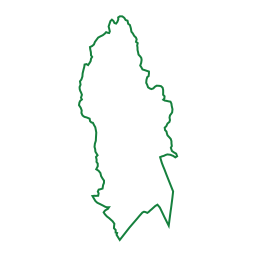 Indaial, Santa Catarina, Brazil, rotated 179°
{"feature_id": "56859067B42917214683646", "entity_name": "Indaial", "entity_type": "district", "adm_level": 2, "iso_a3": "BRA", "parent_name": "Brazil", "parent_adm1": "Santa Catarina", "projection": "equal_earth", "projection_center": [-49.223, -26.996], "detail": "fine", "context": "isolated", "style": "outline", "palette": "green", "viewbox_px": 256, "rotation_deg": 179, "n_neighbors": 0, "source": "geoboundaries", "source_scale": "gbopen_adm2", "svg_char_len": 2922}
<svg xmlns="http://www.w3.org/2000/svg" viewBox="0 0 256 256"><g transform="rotate(179 128 128)"><path d="M131.7,239.7L134.2,239.8L135.9,238.7L135.8,236.7L136.8,234.3L138.1,232.6L139.7,233.2L140.7,235.3L142.2,236.6L143.7,235.2L144.7,232.4L145.6,229.8L145.0,227.3L144.5,224.9L145.2,223.3L146.8,223.6L148.2,224.2L149.5,222.8L151.6,221.2L154.0,220.1L156.3,218.9L157.9,216.8L159.6,214.6L160.6,212.1L162.4,210.6L164.6,209.6L164.3,206.9L163.8,204.5L163.7,201.3L162.6,199.7L163.7,198.1L164.2,195.5L165.3,193.7L166.8,191.6L168.4,192.6L170.3,192.2L170.7,189.7L171.3,187.7L172.4,183.5L172.7,180.2L173.8,177.2L175.2,175.5L174.7,172.1L175.7,169.8L175.6,167.7L175.1,165.9L174.3,164.3L173.5,162.0L174.5,159.1L173.6,157.3L175.2,156.1L176.1,154.4L176.6,151.7L174.9,149.0L174.0,146.4L174.3,143.8L173.2,141.3L171.4,139.9L169.2,139.3L166.2,138.0L165.8,135.5L164.5,134.2L163.0,133.8L161.9,131.5L160.7,129.3L160.2,126.5L159.8,124.0L160.0,121.3L160.2,118.8L160.4,115.8L161.4,112.8L161.8,109.7L161.2,107.4L161.0,104.9L159.8,102.8L158.9,101.3L160.5,99.6L159.9,96.7L160.1,94.7L158.9,93.0L158.9,90.3L160.5,87.3L158.2,85.8L156.4,83.5L155.7,80.3L154.2,77.7L152.9,75.8L153.0,73.5L153.9,71.3L154.5,67.9L156.5,67.3L158.4,66.9L159.3,64.9L158.5,63.3L159.0,60.8L161.2,60.7L162.9,60.8L164.7,60.6L163.5,58.4L161.8,55.5L160.0,53.8L157.6,52.6L155.9,51.7L154.2,50.8L152.3,49.7L150.6,49.1L148.4,49.1L149.6,47.4L151.1,46.7L152.5,45.8L153.8,44.1L152.7,42.3L150.7,40.0L148.3,38.1L146.5,36.4L145.0,35.0L143.3,32.5L143.6,30.4L143.8,28.1L142.1,26.2L142.2,23.7L140.7,23.2L141.3,21.4L138.2,16.2L128.3,28.4L126.7,30.2L125.1,32.0L120.1,37.6L118.4,39.6L115.1,43.2L113.5,44.0L111.9,43.6L110.2,42.8L108.8,43.7L107.3,45.1L105.8,46.3L104.1,47.8L102.0,49.6L99.9,50.8L97.6,48.0L96.7,46.1L93.2,38.4L91.1,34.0L89.0,29.6L88.5,32.9L86.8,44.4L86.4,46.7L84.8,57.6L84.0,63.8L85.1,66.7L90.2,80.2L92.3,86.0L93.5,89.0L94.8,92.6L96.4,98.3L94.4,99.1L92.7,99.5L90.8,100.4L89.1,100.9L86.2,100.5L83.3,99.3L81.2,97.8L79.4,98.9L80.3,101.5L82.5,102.8L84.5,104.3L85.5,107.5L84.5,109.2L84.8,111.8L84.8,114.1L85.5,116.4L87.3,118.5L88.6,119.9L89.2,121.8L89.6,123.8L91.0,125.3L91.3,127.7L89.7,129.1L88.4,131.8L86.5,133.3L85.9,135.2L86.3,137.7L85.8,139.9L84.6,141.4L83.6,142.8L83.2,146.0L83.9,149.3L84.2,151.7L85.1,153.6L86.8,153.9L89.2,154.5L90.8,154.8L92.3,155.7L91.1,157.0L90.9,159.1L92.3,160.6L92.2,163.3L92.2,165.5L92.7,167.7L94.2,169.2L95.9,169.6L98.6,169.8L100.5,168.7L101.9,167.2L103.9,166.5L105.4,167.1L107.2,168.3L108.2,171.2L109.0,172.8L108.7,175.8L107.9,178.5L106.5,179.5L106.1,182.0L106.1,184.1L107.9,184.7L110.1,185.5L112.5,186.3L113.6,188.5L114.7,190.2L113.7,192.9L113.2,195.8L113.5,197.8L114.4,199.2L116.2,201.2L116.6,203.6L117.1,205.8L117.1,208.5L117.4,210.3L116.8,212.7L118.5,214.0L117.8,216.5L118.5,218.3L120.2,220.0L121.6,222.6L122.9,224.2L123.4,227.6L124.3,230.9L126.0,232.2L126.6,235.3L128.5,236.0L129.8,238.2L131.7,239.7Z" fill="none" stroke="#15803d" stroke-width="2"/></g></svg>